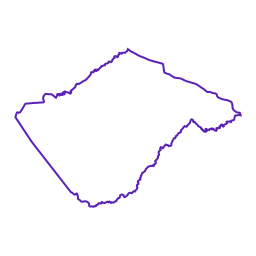 Ngauma, Niassa, Mozambique (Robinson projection)
{"feature_id": "85939544B1529593178446", "entity_name": "Ngauma", "entity_type": "district", "adm_level": 2, "iso_a3": "MOZ", "parent_name": "Mozambique", "parent_adm1": "Niassa", "projection": "robinson", "projection_center": [35.668, -13.833], "detail": "fine", "context": "isolated", "style": "outline", "palette": "violet", "viewbox_px": 256, "rotation_deg": 0, "n_neighbors": 0, "source": "geoboundaries", "source_scale": "gbopen_adm2", "svg_char_len": 5773}
<svg xmlns="http://www.w3.org/2000/svg" viewBox="0 0 256 256"><path d="M15.4,117.2L31.7,141.8L71.0,192.3L71.9,192.5L73.6,194.0L74.5,194.6L75.5,194.4L76.0,193.8L76.6,193.5L77.1,193.8L77.8,195.9L77.9,198.2L78.2,199.1L79.5,199.9L81.5,201.7L82.3,201.8L84.4,201.3L86.3,201.4L87.6,202.1L88.8,203.2L89.1,204.0L89.1,205.6L89.8,206.5L92.1,206.3L92.8,206.5L93.0,206.8L93.5,206.8L94.5,206.2L95.4,206.3L95.7,206.1L95.9,205.7L96.4,205.6L96.4,205.0L96.6,204.9L97.8,204.6L98.1,203.8L98.6,203.4L99.2,203.2L99.4,203.4L100.5,203.6L101.0,203.5L101.3,202.7L101.7,202.6L101.9,202.1L102.4,202.3L102.6,202.8L103.5,202.8L104.0,203.1L105.3,202.8L105.9,202.4L107.3,201.7L107.7,201.8L108.4,202.4L108.7,202.3L109.0,201.7L109.3,201.6L109.7,202.1L110.4,202.1L110.6,202.3L110.9,202.9L111.1,202.9L111.3,202.5L111.5,202.3L113.6,202.6L113.9,202.5L114.7,201.6L116.4,201.0L116.7,200.0L117.2,199.3L117.5,199.2L118.0,198.2L119.1,198.0L119.4,197.9L119.9,197.0L120.1,195.5L120.6,195.0L121.8,194.5L122.3,194.5L123.5,195.0L123.7,196.1L123.9,196.6L124.6,197.1L125.0,197.1L127.4,195.3L128.2,193.8L129.1,193.0L130.1,192.7L131.1,193.0L132.1,193.1L133.3,191.5L133.7,191.3L135.0,191.5L135.5,190.4L136.8,189.1L137.4,187.7L136.9,186.4L137.0,185.3L137.4,184.5L138.2,184.2L138.5,183.5L138.3,182.7L137.8,182.2L137.8,181.5L139.0,180.2L139.9,179.9L140.5,179.1L140.5,178.7L140.1,178.3L140.1,178.1L140.9,176.7L141.0,175.5L141.5,174.9L142.0,173.3L142.7,172.7L143.3,172.5L143.7,172.0L145.0,171.3L145.3,170.1L145.7,169.5L147.8,167.0L148.8,166.5L149.7,166.3L150.4,165.8L151.7,166.1L152.8,165.7L153.3,166.0L153.9,165.8L153.9,165.5L153.5,165.3L153.5,164.7L155.2,163.9L155.7,163.4L155.9,162.3L155.6,161.8L155.2,161.6L155.1,161.1L156.9,159.3L158.0,157.7L158.1,157.4L157.8,156.5L158.2,155.8L158.9,155.2L159.1,154.6L158.7,153.7L158.8,151.8L159.1,151.1L160.5,150.1L160.7,149.7L160.5,149.2L160.2,149.2L160.2,148.3L160.6,147.4L160.9,147.1L161.4,147.6L162.4,147.6L162.7,148.2L163.0,148.2L163.6,147.4L164.4,145.9L165.1,145.4L165.6,144.5L165.8,144.5L167.4,145.3L167.8,145.1L168.6,146.1L169.0,145.9L170.2,145.9L171.2,145.5L171.4,143.5L172.7,140.5L173.4,139.6L173.7,138.6L174.3,138.2L174.9,138.2L175.3,138.0L175.6,137.3L175.6,136.5L175.8,136.2L176.6,135.6L177.3,135.4L177.6,134.3L177.9,133.9L179.0,132.9L180.1,132.7L180.8,132.0L181.0,131.7L180.8,130.9L180.9,130.4L181.8,129.6L184.5,126.2L185.3,126.5L186.0,126.2L186.6,126.7L186.9,126.5L188.1,124.7L189.9,123.0L190.8,120.0L191.4,119.4L191.8,119.3L192.7,119.8L193.1,120.4L193.1,121.1L193.3,121.8L193.8,122.1L194.3,121.8L194.7,122.0L196.3,124.0L197.4,124.7L197.9,125.7L198.3,126.1L201.0,127.6L201.4,129.1L201.9,129.5L202.3,129.2L202.4,129.3L202.6,130.1L203.3,130.4L203.6,131.2L204.2,131.0L204.5,131.2L204.8,131.7L205.0,131.8L205.3,131.4L206.3,131.5L206.7,131.1L206.7,130.3L205.6,129.7L205.5,129.3L205.8,128.9L206.3,129.0L207.5,129.8L209.2,130.0L209.6,129.1L209.9,129.0L211.1,128.6L211.7,129.3L212.1,129.3L212.3,128.5L212.6,128.5L213.6,128.9L214.0,129.8L214.4,130.2L216.0,130.8L216.2,130.3L216.7,130.0L216.7,129.7L216.4,128.5L216.5,128.1L217.1,128.0L217.9,128.3L218.8,128.0L219.5,128.0L219.9,127.8L219.8,127.3L219.5,126.9L219.5,126.4L220.5,126.2L221.0,125.6L221.0,124.9L221.3,124.6L222.0,124.6L222.8,126.2L223.0,126.5L223.4,126.6L223.6,126.4L223.2,126.0L223.1,125.7L223.4,125.3L225.1,124.3L226.1,124.0L227.2,123.1L227.2,122.6L226.6,122.1L226.6,121.8L226.8,121.6L229.5,121.5L230.6,122.2L230.8,122.2L231.1,121.8L231.1,120.8L231.3,120.7L233.8,120.0L234.2,119.4L234.8,116.4L235.0,115.8L235.2,115.6L237.4,115.3L238.7,114.9L240.6,115.3L240.1,113.4L239.7,112.7L237.4,112.5L236.2,112.0L234.8,111.0L233.3,109.6L232.5,107.9L232.5,105.6L232.0,103.2L231.6,102.5L230.8,101.6L227.7,100.3L222.2,99.2L218.9,97.8L217.9,97.1L217.4,96.5L217.1,96.1L216.6,94.2L215.6,93.5L212.2,92.9L210.2,91.9L209.1,91.9L208.3,92.1L207.6,92.0L206.9,91.7L204.1,89.4L196.1,84.0L186.2,81.1L180.5,78.4L174.8,77.7L171.3,75.8L170.2,74.8L169.1,74.2L167.1,73.7L165.0,72.9L164.3,72.3L163.9,70.2L163.3,65.6L163.0,64.4L162.6,63.7L151.3,60.7L148.9,59.9L144.5,57.9L140.6,56.4L138.2,55.3L134.4,53.1L131.1,51.5L127.9,49.2L127.6,50.3L126.9,51.3L124.9,52.8L122.3,52.7L121.9,53.5L121.6,53.7L121.2,53.6L120.4,53.1L119.3,52.9L119.2,54.4L118.6,54.6L118.3,54.9L118.3,55.7L118.0,56.2L117.9,56.9L117.6,57.2L117.1,57.1L116.4,56.4L115.7,56.1L114.7,56.2L114.3,56.8L114.2,57.1L114.6,57.9L114.4,58.1L113.4,58.5L113.0,59.3L112.3,59.7L112.2,61.0L111.9,61.2L111.4,61.9L110.9,62.0L109.3,61.5L108.8,61.6L108.6,61.7L108.4,62.9L107.2,63.4L105.8,63.7L105.0,64.3L104.9,65.3L103.7,65.4L103.0,65.8L102.4,65.8L101.8,66.3L101.4,66.2L101.0,66.7L100.9,67.3L99.7,68.1L98.6,69.7L98.4,69.9L97.6,69.4L97.3,69.5L96.6,70.9L96.3,71.0L95.9,71.0L95.5,70.2L95.5,69.8L95.4,69.6L95.0,69.6L94.2,70.6L93.7,71.0L93.9,71.7L93.7,72.0L93.0,72.3L91.2,72.2L91.0,72.5L90.8,74.1L90.5,74.7L87.6,78.1L85.4,80.3L84.2,80.6L83.4,81.0L81.6,82.4L80.8,82.8L80.6,83.0L80.2,83.2L79.3,83.5L79.1,83.8L77.6,84.1L77.0,83.8L76.2,84.4L75.9,85.2L75.4,85.8L75.4,86.6L74.9,87.5L73.8,88.2L72.9,89.3L72.0,89.7L71.6,90.4L71.1,90.5L70.9,90.7L71.0,91.2L70.7,91.3L70.6,91.6L71.1,92.3L70.8,92.7L70.7,93.4L70.4,93.6L69.7,93.5L68.7,92.7L66.4,92.2L65.5,91.7L64.4,91.5L64.2,91.7L64.5,92.4L64.6,93.8L64.4,94.1L63.4,93.4L63.0,92.8L62.7,92.7L62.5,92.9L62.5,93.6L62.4,93.9L62.6,94.9L62.3,95.0L61.6,94.9L60.2,93.7L60.0,93.8L60.0,95.2L59.7,95.5L59.4,95.5L59.0,95.1L59.0,94.8L58.6,94.2L58.1,94.0L57.6,94.0L57.3,94.3L57.1,94.8L57.1,95.7L55.9,97.7L52.1,94.7L51.4,94.2L49.3,94.3L46.8,93.9L45.5,94.0L44.7,94.5L44.3,95.1L43.5,96.5L43.2,97.6L43.1,98.5L43.4,99.7L44.0,101.2L43.9,101.9L43.6,102.3L41.3,102.6L39.7,102.5L37.9,102.8L34.2,102.9L28.2,103.5L26.3,103.5L25.6,103.7L24.9,104.4L22.4,108.8L21.7,109.7L20.5,111.8L19.8,112.4L18.7,112.8L17.7,112.3L17.0,112.5L16.2,114.3L15.6,116.7L15.4,117.2Z" fill="none" stroke="#5b21b6" stroke-width="2"/></svg>